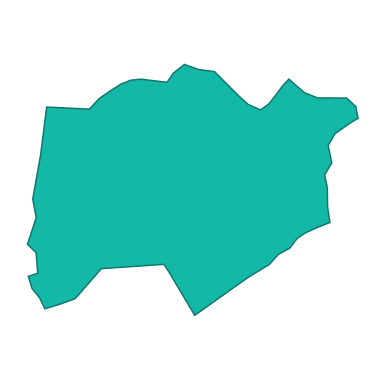 the district of Tupandi, Rio Grande do Sul, Brazil, rotated 274°
{"feature_id": "56859067B43704849668699", "entity_name": "Tupandi", "entity_type": "district", "adm_level": 2, "iso_a3": "BRA", "parent_name": "Brazil", "parent_adm1": "Rio Grande do Sul", "projection": "robinson", "projection_center": [-51.422, -29.478], "detail": "fine", "context": "isolated", "style": "filled", "palette": "teal", "viewbox_px": 384, "rotation_deg": 274, "n_neighbors": 0, "source": "geoboundaries", "source_scale": "gbopen_adm2", "svg_char_len": 867}
<svg xmlns="http://www.w3.org/2000/svg" viewBox="0 0 384 384"><g transform="rotate(274 192 192)"><path d="M173.9,33.6L155.6,38.4L145.7,35.9L128.4,31.5L120.6,40.7L100.2,43.8L96.5,34.6L84.8,39.0L75.6,47.5L65.3,53.4L71.2,68.8L77.5,83.0L109.2,106.9L117.9,169.1L110.1,174.9L69.2,203.3L110.7,253.9L125.2,274.3L135.6,282.3L142.9,293.5L153.0,300.2L158.8,307.5L164.7,318.1L171.2,331.7L186.6,328.3L205.6,326.7L218.3,323.1L230.7,329.4L247.9,324.6L260.2,330.6L271.9,345.0L277.1,352.5L288.7,349.4L296.5,339.6L295.6,325.8L294.6,310.8L298.8,297.5L305.6,288.3L311.4,280.8L304.3,275.0L294.6,268.9L285.2,262.5L278.7,254.5L283.3,241.8L291.4,231.6L313.7,206.0L314.6,190.3L318.7,175.5L309.3,165.1L299.7,159.5L300.3,147.0L301.0,133.2L299.2,123.0L294.6,113.4L287.3,103.6L278.8,93.0L267.5,83.8L266.6,41.1L218.5,38.4L173.9,33.6Z" fill="#14b8a6" stroke="#0f766e" stroke-width="1.5"/></g></svg>